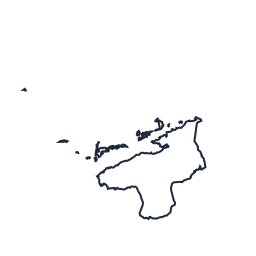 Muleba, Kagera, United Republic of Tanzania (orthographic projection), rotated 233°
{"feature_id": "72390352B90711717616381", "entity_name": "Muleba", "entity_type": "district", "adm_level": 2, "iso_a3": "TZA", "parent_name": "United Republic of Tanzania", "parent_adm1": "Kagera", "projection": "orthographic", "projection_center": [31.752, -1.923], "detail": "fine", "context": "isolated", "style": "outline", "palette": "slate", "viewbox_px": 256, "rotation_deg": 233, "n_neighbors": 0, "source": "geoboundaries", "source_scale": "gbopen_adm2", "svg_char_len": 5815}
<svg xmlns="http://www.w3.org/2000/svg" viewBox="0 0 256 256"><g transform="rotate(233 128 128)"><path d="M97.0,181.4L98.0,178.0L96.7,175.3L96.1,170.4L97.3,169.5L97.8,167.5L98.9,166.8L98.3,166.4L98.1,164.6L98.6,163.7L100.2,163.0L100.3,162.7L99.8,162.9L99.4,162.1L99.5,159.9L100.1,158.3L100.9,157.4L101.4,156.3L98.3,154.2L98.0,153.3L98.4,153.2L99.5,153.7L100.6,152.9L100.7,150.2L101.5,148.9L101.6,147.9L101.6,147.5L100.9,147.9L100.6,147.6L100.2,145.6L100.7,144.1L101.7,143.4L101.4,141.7L101.9,140.5L102.8,139.8L102.9,139.2L102.6,138.6L101.8,139.2L101.2,139.0L100.2,139.5L98.2,142.4L97.7,142.8L97.1,142.6L97.1,143.5L95.3,143.6L94.3,142.7L94.0,143.2L92.9,143.2L92.5,143.6L92.0,145.6L91.6,149.1L91.0,149.2L90.6,148.6L89.3,149.4L88.8,149.1L88.7,148.6L89.3,147.9L89.4,146.8L90.0,145.3L91.1,144.5L90.0,143.0L89.7,141.1L89.9,139.1L90.1,137.8L91.1,136.2L91.0,135.0L91.7,133.9L91.9,132.7L93.4,131.5L94.3,131.6L94.1,130.9L95.6,128.7L97.3,127.4L97.5,126.2L99.3,125.0L100.0,124.0L100.3,122.4L99.9,121.3L99.9,120.5L100.9,119.6L101.6,117.8L101.3,116.4L101.6,112.4L101.4,111.3L102.1,109.3L102.1,107.9L103.5,105.9L104.9,101.6L104.7,98.6L104.3,97.8L104.8,97.5L104.8,96.3L105.3,95.9L105.2,92.3L107.2,90.9L106.9,90.1L107.4,89.7L107.3,88.9L108.0,88.6L107.8,88.0L108.3,87.8L108.2,87.4L108.7,87.0L109.0,86.2L108.2,84.7L108.5,83.1L108.2,82.6L108.1,82.9L107.5,82.5L107.3,81.9L107.5,81.0L108.3,81.1L108.6,80.4L108.1,75.2L107.9,74.7L107.6,74.8L107.9,74.2L104.5,74.1L101.1,71.9L98.0,71.6L97.8,73.3L98.2,73.3L97.8,73.6L97.9,73.9L97.6,73.8L97.8,74.6L97.2,74.9L97.1,75.5L97.4,75.7L95.5,76.5L94.0,76.0L93.5,76.3L91.5,75.3L90.5,77.8L89.7,78.5L88.7,80.8L88.2,81.0L87.0,80.4L86.5,80.8L86.4,81.7L86.9,82.6L86.6,83.5L86.0,83.3L85.1,83.9L83.2,86.1L81.2,87.7L80.9,88.7L81.1,89.3L80.5,90.8L80.8,91.5L80.5,92.5L79.1,93.6L79.4,94.4L79.0,96.0L77.5,97.3L76.9,98.5L75.3,99.1L70.7,98.0L67.0,97.7L64.6,96.6L59.9,95.3L57.8,93.7L52.9,85.9L50.8,85.1L47.6,86.4L46.3,86.5L45.8,87.0L45.7,87.8L45.0,88.9L43.1,89.5L43.2,90.3L44.0,91.6L43.7,92.3L42.6,92.4L40.6,93.6L39.6,95.1L38.4,96.2L37.9,98.6L36.7,101.5L36.1,101.8L35.8,104.6L34.6,106.6L35.0,107.8L35.1,111.1L38.4,114.5L39.1,116.3L38.5,118.8L39.1,119.9L40.4,120.7L42.3,120.9L52.1,124.9L54.2,126.2L57.1,129.9L57.1,131.5L56.7,132.4L53.3,137.7L52.2,138.6L52.5,140.3L51.7,143.9L50.3,147.1L50.7,148.3L51.3,148.5L51.6,149.7L52.3,150.3L52.4,153.3L52.6,154.1L53.5,154.6L53.8,155.2L53.6,155.5L52.8,155.6L53.6,156.9L53.2,158.1L52.5,158.6L52.3,159.5L52.8,159.8L53.1,161.3L54.2,162.6L53.7,162.7L52.2,161.9L51.8,161.2L51.2,161.2L50.2,162.4L50.5,163.3L50.0,166.2L55.3,169.0L56.0,169.0L57.8,170.1L61.1,169.9L61.0,170.3L65.7,171.5L68.5,170.7L71.1,172.7L77.6,173.2L89.6,185.1L90.6,186.8L89.6,190.9L90.3,191.3L91.6,191.0L95.8,188.8L95.8,188.2L95.0,187.0L93.7,187.4L93.8,185.7L95.7,182.1L96.6,181.2L97.0,181.4ZM126.7,87.3L126.0,85.8L125.7,86.0L125.6,87.0L124.7,87.7L122.2,87.2L122.1,88.9L122.7,90.3L123.9,91.0L124.4,91.8L122.7,92.3L122.7,92.5L124.7,93.0L124.9,93.5L122.8,95.4L122.7,95.9L123.7,96.9L123.6,97.5L122.9,97.8L121.8,97.4L121.2,98.1L121.5,99.1L122.9,99.9L122.8,101.1L123.1,101.7L122.2,103.3L121.9,103.2L121.9,102.6L121.5,102.4L120.6,103.0L121.3,104.2L120.3,104.9L121.4,105.9L122.7,105.3L123.5,103.7L124.0,102.4L123.9,99.8L124.4,98.9L126.5,97.4L126.8,96.9L126.9,95.8L127.8,95.4L128.6,94.0L128.4,91.3L126.8,90.7L127.2,88.6L127.8,88.0L127.7,87.5L127.3,87.0L126.7,87.3ZM111.0,154.5L109.5,153.8L108.7,152.3L109.2,150.1L109.8,149.2L109.5,147.5L109.2,149.3L107.4,153.4L107.4,154.5L108.7,157.5L109.2,156.9L109.9,158.1L111.6,158.2L112.2,158.9L113.4,158.1L114.8,157.8L116.4,156.2L117.0,156.3L117.6,156.9L117.7,156.7L117.5,154.8L117.0,153.9L115.0,155.8L114.0,156.0L111.7,154.5L111.0,154.5ZM119.9,110.1L120.8,107.2L119.3,106.3L118.7,106.3L118.0,106.9L118.0,108.1L119.0,107.9L119.2,108.7L118.1,109.3L118.1,110.1L117.6,111.0L116.3,112.1L115.8,113.0L115.4,114.1L116.4,115.3L116.9,114.6L118.0,114.0L118.2,111.2L119.0,110.9L119.9,110.1ZM118.2,132.1L117.9,131.3L116.7,130.9L115.6,132.4L117.2,134.6L118.0,134.4L118.7,134.9L119.2,134.8L119.0,134.0L119.2,133.2L118.2,132.1ZM158.2,66.5L158.3,64.7L155.3,68.9L155.2,69.8L153.7,70.5L153.9,71.7L155.9,70.3L157.0,68.9L157.4,67.6L156.5,68.2L156.9,66.7L158.2,66.5ZM113.7,138.7L113.8,138.1L113.3,137.3L111.7,138.7L111.6,140.0L112.3,141.2L112.9,141.4L113.7,140.4L114.0,138.9L113.7,138.7ZM112.7,134.3L110.5,134.5L110.7,135.5L111.3,135.3L112.7,135.6L113.3,136.9L114.0,136.9L115.0,135.6L115.0,135.2L114.6,134.9L113.8,135.2L112.7,134.3ZM128.4,88.4L128.0,88.7L127.9,89.3L129.3,89.8L129.7,90.9L131.3,92.4L132.2,92.7L131.9,91.8L129.3,89.4L129.1,88.6L128.4,88.4ZM121.2,82.0L120.9,82.2L121.3,83.8L121.9,84.2L122.6,83.9L123.7,84.9L124.0,84.8L124.1,83.2L122.2,82.8L121.2,82.0ZM128.6,76.6L127.9,77.1L128.0,78.2L127.0,78.9L127.3,79.8L127.8,79.6L128.7,78.2L129.1,76.9L128.6,76.6ZM112.8,129.8L111.7,129.3L111.7,130.2L113.1,131.6L113.6,131.2L112.8,129.8ZM100.9,174.8L101.7,173.7L101.8,172.5L101.1,172.4L101.0,173.7L100.1,173.8L99.8,174.1L99.8,174.4L100.9,174.8ZM111.1,141.2L111.1,139.7L110.6,140.5L110.2,140.4L109.0,141.5L109.7,141.3L110.6,141.6L111.1,141.2ZM111.9,131.1L111.0,131.2L110.8,131.8L111.2,133.1L112.0,133.1L111.9,131.1ZM221.4,69.2L221.4,67.4L220.6,68.5L220.0,68.3L219.9,68.5L220.1,68.7L219.8,69.0L221.4,69.2ZM105.2,161.2L104.8,161.4L104.9,161.8L106.2,163.0L106.4,162.2L105.2,161.2ZM110.4,136.9L109.5,137.6L110.0,138.2L110.4,138.1L110.5,137.5L110.4,136.9ZM138.6,73.4L139.8,72.4L139.6,72.1L138.1,73.2L138.6,73.4ZM110.9,144.9L112.4,142.6L111.7,143.6L111.0,143.5L110.9,144.9ZM114.5,137.8L115.1,137.0L114.8,136.7L113.9,137.3L114.5,137.8ZM113.8,116.1L114.9,115.3L114.7,114.9L113.4,116.0L113.8,116.1ZM133.1,93.9L133.6,93.1L133.4,92.8L132.8,93.6L133.1,93.9ZM117.7,158.4L117.4,156.9L117.3,157.0L117.7,158.4ZM134.3,95.5L133.9,96.0L134.1,96.2L134.5,95.8L134.3,95.5Z" fill="none" stroke="#1e293b" stroke-width="2"/></g></svg>